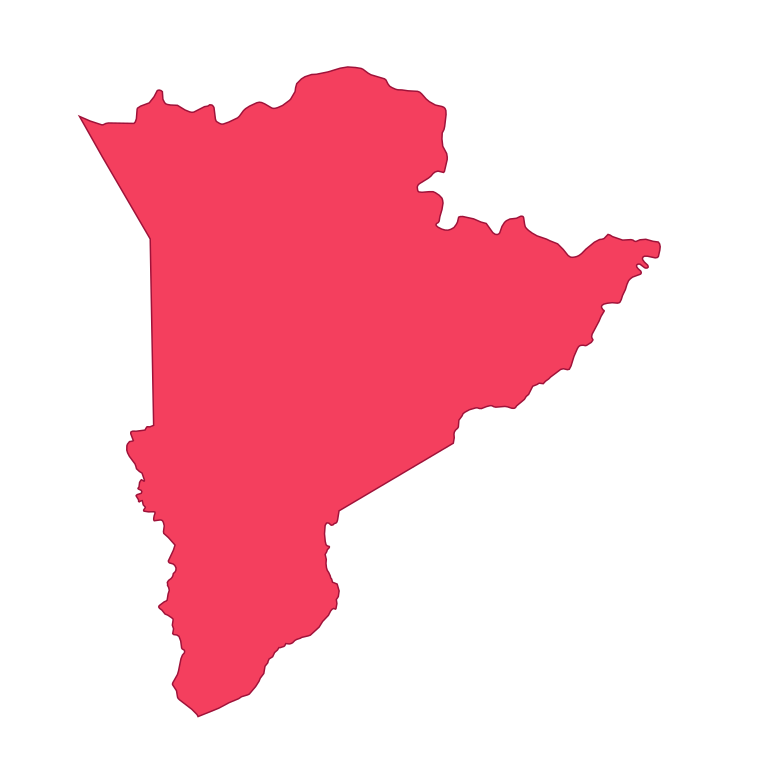 Alauca, El Paraíso, Honduras, rotated 86°
{"feature_id": "27666195B40096098220117", "entity_name": "Alauca", "entity_type": "district", "adm_level": 2, "iso_a3": "HND", "parent_name": "Honduras", "parent_adm1": "El Paraíso", "projection": "orthographic", "projection_center": [-86.676, 13.853], "detail": "fine", "context": "isolated", "style": "filled", "palette": "rose", "viewbox_px": 768, "rotation_deg": 86, "n_neighbors": 0, "source": "geoboundaries", "source_scale": "gbopen_adm2", "svg_char_len": 6103}
<svg xmlns="http://www.w3.org/2000/svg" viewBox="0 0 768 768"><g transform="rotate(86 384 384)"><path d="M94.4,330.1L93.2,339.5L91.9,345.6L91.5,349.6L90.8,351.8L89.0,355.2L87.3,357.6L84.8,359.2L80.9,360.8L79.6,362.2L74.6,375.5L72.7,378.3L68.6,383.0L67.6,384.8L66.3,390.3L65.2,398.1L65.9,405.6L68.8,418.3L70.3,429.9L70.2,434.6L72.0,441.5L73.9,445.1L78.3,450.1L82.2,451.5L86.1,452.3L93.4,457.3L94.5,458.6L99.1,465.8L100.9,470.9L101.4,473.4L101.3,475.6L100.7,476.9L96.2,483.5L94.7,486.4L94.2,488.7L94.6,491.4L97.4,498.7L99.7,502.9L101.5,505.1L106.8,509.6L108.3,511.5L111.9,520.6L113.5,526.4L113.4,528.0L112.6,529.8L110.7,532.5L109.8,533.2L107.9,533.7L96.5,534.3L95.1,534.9L93.7,536.2L93.3,538.3L94.5,540.4L94.8,543.7L99.5,554.8L99.6,556.7L99.0,558.8L96.8,563.3L91.6,570.6L90.8,577.5L90.0,580.7L89.2,582.3L87.7,583.4L84.5,584.7L76.9,584.7L75.7,586.0L75.1,587.7L75.2,589.0L75.6,589.8L81.5,593.4L87.2,598.6L89.8,607.4L91.6,610.6L92.6,611.1L102.1,612.5L105.2,613.8L106.6,615.3L104.4,640.6L104.7,643.3L105.8,646.1L105.8,647.4L101.2,658.7L95.8,669.1L137.4,649.3L223.0,607.1L409.2,616.7L410.4,620.5L410.1,623.3L410.8,624.0L413.3,625.7L413.8,634.5L413.5,637.9L414.0,639.6L414.8,640.0L416.0,640.1L423.0,638.0L423.4,638.8L423.7,641.9L426.1,644.1L427.7,644.8L432.0,645.2L434.8,644.6L438.5,643.0L446.3,638.0L448.6,637.3L451.3,636.8L454.2,634.1L456.0,631.6L463.1,629.7L463.9,629.8L464.2,630.2L462.6,632.6L463.0,633.2L465.1,634.7L469.6,635.6L470.9,636.7L471.6,636.4L473.2,633.6L474.6,633.1L476.1,633.8L477.1,637.9L477.9,639.0L478.5,639.0L482.5,636.9L484.0,637.0L484.5,636.4L483.6,634.6L483.5,633.3L487.8,632.6L490.2,630.7L490.8,630.9L492.8,632.5L493.5,632.6L494.1,632.3L495.1,628.0L495.4,622.4L495.8,621.5L496.9,621.4L499.5,622.5L502.0,623.1L503.5,623.2L504.4,622.7L504.0,616.6L504.4,615.2L505.3,614.3L506.9,613.7L510.2,613.1L515.9,614.3L517.7,614.1L522.1,609.8L530.1,603.7L535.1,605.7L545.5,611.5L546.5,611.3L547.5,610.5L548.8,607.0L550.3,605.4L552.9,604.3L555.3,604.6L556.8,605.5L558.4,607.4L560.6,608.0L562.1,608.9L563.3,610.1L564.9,612.6L566.8,614.0L568.7,613.8L569.8,614.0L572.0,613.0L574.9,612.6L578.4,614.0L584.4,615.4L585.2,616.3L586.0,618.5L589.0,623.1L589.8,624.0L590.7,624.3L592.1,623.6L594.1,621.3L598.2,618.5L599.4,616.0L602.3,612.2L603.7,610.9L604.5,610.8L609.8,612.0L613.5,611.0L618.3,612.2L619.3,611.2L619.9,608.2L621.5,606.1L626.3,604.7L633.2,604.3L634.3,603.7L635.4,602.0L636.5,601.5L638.3,601.9L640.4,604.0L643.9,605.7L655.9,609.0L659.4,610.3L667.1,615.4L668.3,615.9L669.2,615.9L675.5,612.4L682.0,611.8L683.3,611.3L684.8,610.0L695.1,598.4L700.8,593.5L702.8,592.7L695.9,571.5L691.1,560.8L687.8,551.0L686.0,547.9L684.6,541.7L683.9,540.0L676.8,533.1L671.8,529.4L668.9,528.0L664.4,524.1L657.3,522.4L653.9,519.3L652.8,519.1L650.3,517.8L648.3,514.1L644.3,511.9L641.9,508.8L639.6,507.2L639.8,506.1L638.8,502.1L638.1,501.2L636.1,500.1L636.7,496.6L636.5,495.1L635.8,493.3L633.6,490.8L632.7,488.9L631.8,485.3L631.0,483.6L630.0,477.2L629.4,475.0L622.0,465.7L616.6,461.8L610.9,455.6L606.6,453.0L605.1,451.5L604.4,449.8L605.2,448.2L604.8,447.6L599.8,446.3L595.7,446.6L592.9,444.4L587.3,443.2L580.3,444.7L578.1,449.2L575.0,449.8L573.6,450.7L571.7,451.0L568.2,452.3L565.9,453.6L563.3,454.2L558.9,454.4L555.0,453.8L549.9,454.6L547.4,452.9L545.4,452.1L543.5,450.1L542.7,449.8L542.2,450.0L541.6,451.8L540.3,453.0L536.9,453.6L529.3,453.8L521.0,452.6L518.8,451.1L518.6,450.5L519.0,448.6L520.9,446.9L521.2,446.1L520.9,444.6L519.7,443.2L519.4,441.7L518.4,440.6L516.4,439.8L507.4,437.7L447.9,319.0L442.6,317.7L438.9,317.7L436.9,317.2L435.0,315.9L433.3,313.7L432.0,312.8L425.3,311.8L421.3,308.4L419.1,307.2L417.7,305.1L415.6,300.5L414.2,293.9L414.3,292.5L415.1,290.5L415.3,288.5L413.7,283.4L413.0,279.6L413.2,277.8L414.3,276.1L414.9,274.1L414.8,264.9L415.4,262.3L417.0,258.5L417.3,256.8L417.2,255.4L416.6,254.4L415.1,253.3L409.1,245.0L406.3,243.0L404.5,240.5L396.6,235.8L395.2,231.4L394.0,229.2L394.8,225.1L392.5,222.7L390.4,219.3L388.7,217.4L381.8,206.8L381.3,204.0L382.5,200.0L382.2,198.1L378.9,196.1L369.8,192.6L362.3,188.7L360.6,187.5L359.6,186.3L359.2,184.9L359.2,182.6L359.8,180.5L359.6,179.2L356.9,174.3L355.0,172.7L354.3,172.5L353.0,173.2L351.4,173.6L348.8,172.9L336.3,165.1L331.7,162.8L326.7,159.3L326.1,159.3L325.1,160.5L322.9,161.6L321.8,161.6L320.7,161.0L319.6,159.0L319.0,155.5L318.8,150.7L319.6,145.5L319.4,143.9L318.8,142.9L316.3,141.4L312.4,139.9L306.6,136.6L301.6,134.7L298.0,132.8L296.2,130.9L294.7,128.6L292.3,120.5L291.8,119.9L290.6,119.6L289.3,120.0L286.8,122.4L284.9,123.7L283.5,123.8L282.7,123.4L282.1,122.2L282.3,120.3L286.1,116.0L286.6,115.0L286.7,113.5L286.0,112.4L284.9,112.3L283.7,112.8L280.5,115.8L278.0,117.3L276.5,117.4L275.2,116.5L274.7,115.2L274.9,112.3L277.1,104.6L276.9,102.6L276.0,101.4L269.7,99.5L266.3,98.9L263.4,99.3L261.5,100.5L260.4,105.7L257.9,112.7L258.0,118.6L259.4,122.7L259.0,124.2L257.8,125.6L257.2,127.6L257.1,135.9L252.9,145.8L251.2,148.1L250.4,150.1L254.2,154.3L254.8,156.4L254.9,158.9L257.2,164.2L263.5,173.1L267.6,177.7L269.3,180.3L270.2,182.5L270.6,184.5L270.8,186.9L270.5,189.0L268.7,191.4L262.3,195.8L256.3,201.0L252.7,208.5L250.8,211.8L246.9,221.0L243.7,225.8L240.9,229.1L238.8,231.0L237.1,232.1L234.4,232.6L227.8,233.1L226.7,233.6L226.2,234.7L226.2,236.0L227.9,240.3L228.2,246.9L229.7,250.6L231.2,252.5L235.0,255.3L241.3,258.0L242.4,259.2L242.8,260.6L242.4,262.7L240.6,264.9L231.0,270.8L229.2,276.0L225.5,283.1L222.4,293.7L222.3,296.3L222.8,297.9L227.6,299.4L229.9,300.8L232.8,303.3L234.3,306.4L235.0,309.4L234.7,312.3L233.5,315.6L231.4,319.1L229.7,320.8L228.7,321.0L227.6,320.4L226.7,318.6L225.3,317.6L221.0,316.6L214.0,314.0L207.6,312.5L204.7,312.7L202.7,313.2L199.6,315.7L196.8,319.3L195.6,321.6L195.3,325.6L195.4,332.7L194.9,335.6L194.3,336.4L193.2,336.9L189.9,337.1L188.2,336.4L186.7,334.8L181.7,325.3L180.0,322.8L177.4,320.3L176.0,318.1L175.4,315.3L177.1,309.8L176.2,308.9L164.5,305.3L162.0,305.1L158.5,305.4L150.9,308.8L143.6,309.1L137.6,308.4L134.3,306.4L131.3,305.5L119.6,303.3L115.5,303.2L113.4,303.9L112.1,305.1L111.2,306.9L109.3,313.3L105.5,319.1L102.7,322.0L97.2,326.2L95.4,328.0L94.4,330.1Z" fill="#f43f5e" stroke="#9f1239" stroke-width="1.5"/></g></svg>